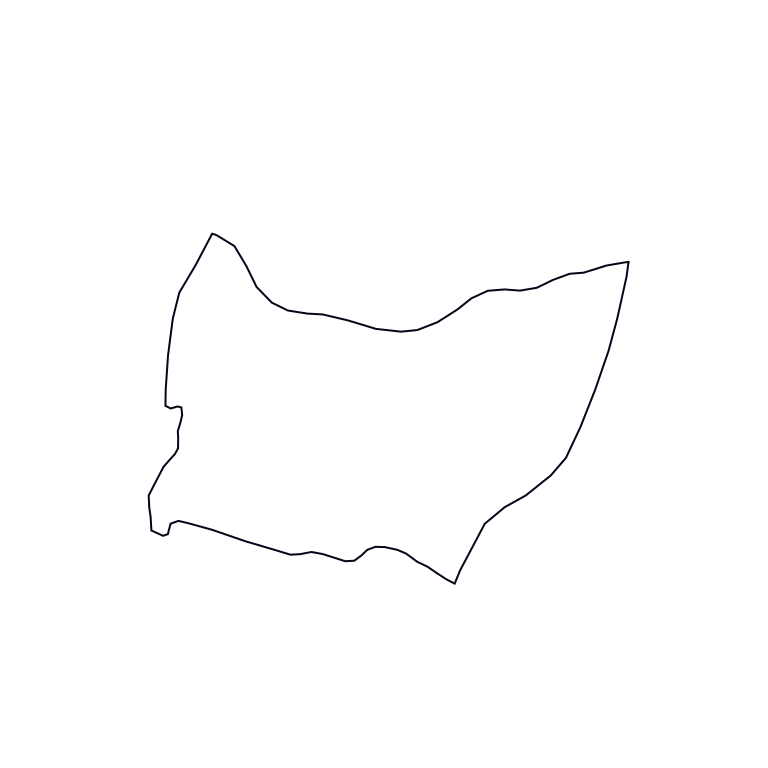 outline of Haute-Banio, Nyanga, Gabon, rotated 244°
{"feature_id": "22940354B88632619890778", "entity_name": "Haute-Banio", "entity_type": "district", "adm_level": 2, "iso_a3": "GAB", "parent_name": "Gabon", "parent_adm1": "Nyanga", "projection": "robinson", "projection_center": [11.179, -3.673], "detail": "fine", "context": "isolated", "style": "outline", "palette": "ink", "viewbox_px": 768, "rotation_deg": 244, "n_neighbors": 0, "source": "geoboundaries", "source_scale": "gbopen_adm2", "svg_char_len": 1186}
<svg xmlns="http://www.w3.org/2000/svg" viewBox="0 0 768 768"><g transform="rotate(244 384 384)"><path d="M594.4,295.4L573.7,267.2L555.8,240.0L535.3,222.8L504.5,202.5L474.6,185.3L460.2,178.0L455.5,181.6L454.3,188.6L451.7,191.6L444.4,188.9L438.8,184.3L432.0,178.0L425.6,175.3L416.5,170.7L412.7,165.4L409.8,158.1L406.2,149.5L395.4,134.9L386.9,123.6L376.0,118.9L366.9,116.0L354.3,110.7L344.4,118.9L343.8,123.9L352.0,130.9L351.1,139.2L344.9,146.8L328.5,165.4L303.3,190.6L283.3,212.5L271.6,225.1L267.8,234.1L264.9,245.0L258.1,254.3L241.7,271.5L238.2,279.8L239.7,288.1L242.3,296.4L241.4,305.0L237.0,313.3L229.1,323.3L221.8,329.6L209.7,335.9L200.4,343.2L191.0,348.5L181.0,354.5L173.6,360.0L183.2,370.8L214.2,413.3L220.4,438.5L221.7,462.7L228.7,493.8L237.8,515.1L259.3,541.8L286.4,571.4L315.4,600.4L340.9,622.6L374.2,649.1L386.5,657.3L387.7,653.9L393.0,635.7L396.5,612.4L401.7,599.1L403.5,581.3L403.5,563.5L408.3,547.2L416.1,533.9L422.3,518.1L422.7,500.3L418.8,482.5L416.1,459.3L417.9,437.5L423.6,422.2L437.1,400.9L457.2,379.2L473.4,359.4L480.8,346.1L492.2,329.8L506.2,318.9L527.1,312.0L550.3,312.0L573.5,310.0L591.4,298.6L594.4,295.4Z" fill="none" stroke="#020617" stroke-width="2"/></g></svg>